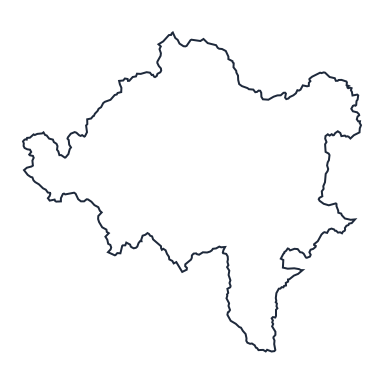 the district of Huancavelica, Huancavelica, Peru
{"feature_id": "86281439B45357472529308", "entity_name": "Huancavelica", "entity_type": "district", "adm_level": 2, "iso_a3": "PER", "parent_name": "Peru", "parent_adm1": "Huancavelica", "projection": "orthographic", "projection_center": [-75.048, -12.773], "detail": "fine", "context": "isolated", "style": "outline", "palette": "slate", "viewbox_px": 384, "rotation_deg": 0, "n_neighbors": 0, "source": "geoboundaries", "source_scale": "gbopen_adm2", "svg_char_len": 5899}
<svg xmlns="http://www.w3.org/2000/svg" viewBox="0 0 384 384"><path d="M360.0,121.3L358.3,121.4L356.8,119.3L357.6,116.5L359.2,115.3L359.0,114.3L357.1,112.3L352.9,111.3L351.3,108.8L352.9,105.9L354.3,105.3L355.5,105.7L356.2,105.0L356.5,101.1L357.6,99.6L358.2,95.4L357.2,94.6L352.5,95.5L351.9,91.9L350.9,90.2L351.6,88.2L350.2,87.7L348.2,88.2L347.5,87.6L347.3,86.8L348.6,85.9L346.6,85.2L346.9,82.4L346.4,81.5L341.5,79.9L338.6,80.0L337.7,80.8L335.8,80.8L334.8,78.2L329.6,77.0L325.1,72.7L323.8,72.4L321.5,73.1L320.1,72.7L312.1,76.7L309.5,78.8L309.4,79.7L310.4,81.1L308.9,82.8L308.8,85.9L307.1,86.3L302.8,85.4L300.5,89.7L298.9,90.6L297.4,90.2L295.9,93.3L293.4,95.3L289.8,97.0L288.4,98.5L286.3,99.1L285.1,97.6L285.9,93.6L285.1,92.7L283.5,92.8L280.7,95.3L277.4,95.4L273.6,96.7L268.4,99.7L262.9,99.3L261.4,96.8L261.2,92.7L260.2,90.8L258.6,90.6L257.0,91.9L255.3,92.2L253.3,89.6L248.9,89.2L247.5,88.1L241.9,86.1L239.2,84.1L238.2,80.0L238.0,75.6L236.4,72.6L236.2,70.8L233.5,67.3L233.7,63.2L232.8,62.5L232.5,61.2L228.4,59.1L228.4,56.6L225.8,51.0L222.0,49.0L219.1,48.7L217.7,47.8L216.1,45.2L207.7,43.1L203.5,39.0L200.4,41.0L191.4,39.7L190.5,40.2L186.6,45.9L185.3,46.4L183.5,46.2L179.5,43.6L177.7,39.9L175.3,38.0L172.8,32.5L171.7,33.4L171.2,34.9L168.9,35.1L163.2,41.4L158.5,44.3L160.8,46.4L159.5,49.1L160.9,53.2L160.6,55.8L157.4,61.6L157.3,62.9L158.8,66.0L160.9,68.4L161.2,70.6L160.3,72.3L157.5,73.8L156.7,76.0L155.0,77.1L154.0,76.6L153.0,74.8L151.7,75.0L150.0,72.7L146.6,72.2L140.7,73.9L137.0,73.7L136.0,76.4L132.7,77.0L129.3,80.8L128.0,80.9L127.6,79.0L124.9,78.5L123.2,80.5L119.1,80.9L119.9,84.4L121.4,87.8L121.2,92.1L117.6,93.0L116.7,94.5L114.7,95.0L110.5,99.8L104.9,101.8L103.2,103.1L101.1,107.2L98.6,108.8L97.6,110.9L94.9,113.7L93.8,116.0L93.1,116.1L91.1,118.5L87.2,119.3L87.3,124.1L86.1,125.5L87.0,132.2L85.0,136.2L84.3,136.6L82.1,135.1L80.7,135.9L79.2,135.3L76.4,132.7L74.7,132.1L70.8,133.7L67.9,137.4L67.5,138.7L68.7,140.0L69.2,144.7L71.0,147.4L69.7,149.2L68.4,154.1L65.5,157.5L64.8,157.6L61.2,155.1L59.4,155.1L58.3,151.3L57.0,149.7L57.5,146.1L56.5,143.8L53.8,142.0L52.9,139.6L49.1,138.6L46.7,135.5L45.0,134.9L43.5,132.4L42.2,133.4L37.3,133.9L34.8,135.0L33.6,134.4L29.9,137.7L27.1,137.9L26.7,139.6L25.3,139.3L24.2,140.0L23.0,141.4L23.8,143.3L23.6,146.0L24.6,148.0L27.3,149.3L30.0,149.7L31.2,152.0L29.2,154.6L29.9,155.3L32.9,155.9L33.7,157.8L32.4,160.6L32.9,165.6L31.5,166.5L26.9,167.7L24.0,170.1L27.7,174.9L30.6,176.9L32.4,177.4L33.5,180.4L35.2,182.1L38.9,184.3L43.0,188.3L45.8,189.7L47.8,192.5L50.1,192.9L50.3,193.8L49.6,196.1L47.9,198.2L49.7,200.6L54.6,199.6L55.2,201.0L56.2,201.6L60.9,201.4L60.9,198.2L62.9,194.0L64.0,193.6L65.2,194.4L74.1,192.7L75.6,193.7L78.2,199.2L80.9,201.3L84.1,201.3L86.6,199.3L87.9,199.4L91.4,201.7L94.4,205.1L98.3,207.2L99.9,210.8L101.7,212.4L98.3,216.0L98.1,219.0L99.1,222.1L102.2,227.3L106.4,229.6L106.8,231.9L108.8,233.2L105.4,236.7L107.3,239.7L108.2,243.8L110.3,244.9L111.2,247.4L110.6,249.4L108.0,252.2L114.8,255.3L115.5,255.1L117.3,253.1L120.4,253.3L122.2,245.9L122.7,245.4L125.3,245.3L126.3,242.6L130.1,244.6L130.8,246.6L131.6,247.2L133.7,248.3L135.9,247.8L137.3,246.6L138.5,243.2L140.0,241.2L141.5,241.2L141.2,239.9L142.6,235.7L145.3,234.8L147.5,233.1L149.0,234.0L150.2,235.7L152.1,236.4L153.1,239.4L161.0,246.2L161.1,248.2L161.9,249.8L163.3,248.8L165.6,250.3L167.0,253.9L168.9,256.7L169.3,259.4L172.3,260.9L173.7,263.4L176.3,262.1L182.2,271.9L186.7,269.7L186.9,267.9L185.2,266.2L185.3,264.3L191.0,259.6L191.8,257.8L191.9,255.4L193.6,253.6L196.2,253.4L197.0,254.2L199.1,254.7L202.9,252.3L207.1,252.5L210.0,251.6L211.7,250.5L212.9,248.8L216.1,248.4L219.3,246.6L221.1,247.3L225.1,247.0L223.5,250.0L222.8,252.6L223.1,253.2L226.2,253.9L227.7,256.4L227.9,259.5L227.4,261.9L228.4,265.2L227.1,267.1L229.3,270.7L228.6,275.0L230.4,280.3L229.5,283.0L230.6,286.0L230.2,287.3L227.4,288.8L228.2,292.9L227.0,294.5L227.3,295.8L226.5,298.3L229.1,303.3L228.5,305.9L230.0,310.0L228.9,311.8L227.9,312.3L227.4,314.8L230.7,320.8L235.8,323.8L239.2,327.0L241.0,327.7L242.8,330.8L245.6,334.0L246.5,338.3L246.3,340.8L247.4,342.7L250.1,343.8L251.9,343.5L254.7,345.3L255.9,347.6L257.1,348.1L258.5,350.1L263.1,349.9L265.7,351.4L267.1,349.8L271.6,351.5L274.4,351.1L275.3,350.0L274.2,344.1L274.5,340.5L273.4,338.0L273.5,337.1L275.4,334.9L275.4,331.7L272.1,326.4L273.2,324.0L272.2,322.3L272.9,320.5L271.7,318.3L272.9,317.1L275.3,317.5L276.0,315.9L276.0,309.8L277.4,308.3L276.5,306.3L276.9,303.5L275.7,302.2L276.3,301.0L275.8,298.0L276.4,293.1L278.8,288.7L280.4,288.6L281.6,287.2L283.4,287.3L284.1,285.9L286.0,285.5L285.8,282.9L288.1,281.6L288.0,279.5L289.3,279.3L293.9,275.6L298.1,273.9L302.6,270.1L300.9,270.1L299.0,269.1L294.3,268.3L287.7,268.7L282.9,267.6L283.3,260.0L280.8,258.7L283.4,253.8L284.2,253.2L284.2,252.3L286.2,250.7L287.7,248.5L288.7,248.8L290.1,250.4L294.5,248.8L297.7,249.1L300.1,252.2L302.1,252.5L303.7,253.7L305.9,257.5L306.8,257.8L309.9,256.6L310.7,254.8L309.4,252.2L310.6,249.7L313.2,248.9L315.5,247.0L315.8,246.0L314.1,245.0L314.1,244.2L317.8,241.2L321.5,234.5L323.5,232.6L324.5,232.2L327.1,232.9L329.0,229.5L331.5,228.6L334.0,229.4L335.1,230.8L336.2,230.8L338.0,232.6L340.1,232.3L342.0,233.3L342.9,231.7L344.6,230.8L345.1,229.8L344.9,228.0L346.5,225.7L348.4,225.1L349.1,223.6L351.7,223.1L355.0,219.4L350.7,219.8L344.9,218.5L341.9,215.3L341.2,213.6L338.3,212.7L338.2,210.6L336.5,206.2L336.5,204.0L335.8,203.4L328.8,205.3L323.7,203.8L319.6,200.8L318.7,199.2L319.5,197.8L322.3,196.3L321.8,191.3L323.6,188.9L323.3,186.2L325.0,182.2L325.7,173.9L327.6,171.1L328.2,169.0L327.1,165.5L327.7,162.3L328.9,160.2L329.5,155.1L328.7,153.6L325.6,151.9L325.1,144.3L326.5,142.0L325.2,138.7L325.5,136.1L327.8,134.3L329.6,135.6L331.7,134.2L333.0,135.3L333.9,135.1L335.2,133.1L337.8,131.3L340.3,133.0L341.4,136.1L344.9,135.6L346.0,136.6L347.3,136.3L348.6,136.7L350.4,138.5L353.9,135.2L359.5,132.4L359.8,128.3L361.0,125.2L359.7,123.1L360.0,121.3Z" fill="none" stroke="#1e293b" stroke-width="2"/></svg>